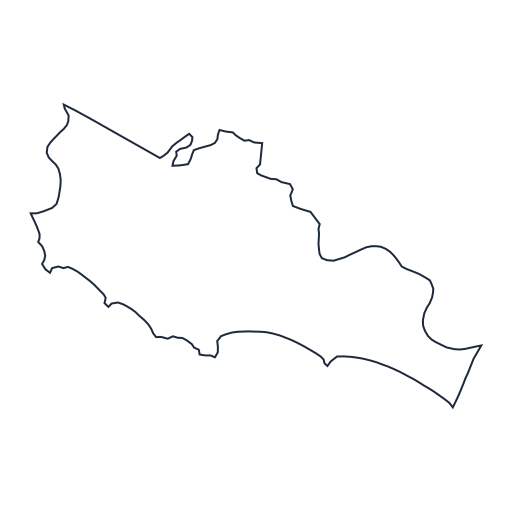 Laguna, Brazil (Natural Earth projection), rotated 90°
{"feature_id": "56859067B95150069695364", "entity_name": "Laguna", "entity_type": "district", "adm_level": 2, "iso_a3": "BRA", "parent_name": "Brazil", "parent_adm1": "", "projection": "natural_earth1", "projection_center": [-48.822, -28.47], "detail": "fine", "context": "isolated", "style": "outline", "palette": "slate", "viewbox_px": 512, "rotation_deg": 90, "n_neighbors": 0, "source": "geoboundaries", "source_scale": "gbopen_adm2", "svg_char_len": 3029}
<svg xmlns="http://www.w3.org/2000/svg" viewBox="0 0 512 512"><g transform="rotate(90 256 256)"><path d="M133.8,322.8L136.7,327.0L139.9,331.3L142.5,335.1L146.3,339.7L152.7,344.5L155.9,348.6L158.0,352.1L129.8,402.0L119.6,420.0L110.7,436.2L104.6,448.2L108.5,447.3L115.5,443.4L121.2,443.7L125.0,445.1L129.0,448.3L132.6,452.3L135.6,455.1L138.8,458.3L142.6,461.7L146.8,464.5L152.7,465.3L157.6,463.2L161.1,459.8L164.6,456.2L168.6,453.6L174.1,452.1L178.9,451.4L182.6,451.4L186.9,451.7L192.0,452.5L197.3,453.4L204.0,455.5L208.0,460.0L211.2,468.2L213.3,475.1L213.3,481.3L217.8,479.3L221.6,477.4L226.3,475.3L230.7,473.6L234.3,472.4L238.4,472.5L242.0,473.8L246.4,469.7L251.2,467.7L255.8,466.8L259.9,467.7L264.0,469.9L269.3,466.6L272.8,462.0L268.1,459.9L266.5,453.6L268.1,448.7L266.9,444.0L268.9,439.4L271.6,434.5L274.2,430.9L277.2,427.0L281.3,421.7L284.8,417.7L288.4,414.2L291.3,411.4L294.4,408.3L297.9,406.3L303.1,407.5L306.9,403.6L303.5,400.3L302.5,394.0L304.3,388.9L306.5,384.8L309.1,380.5L312.0,376.6L315.5,373.0L319.9,367.9L324.2,363.8L328.6,360.9L333.5,358.7L337.1,355.9L336.9,351.0L338.7,344.3L336.3,339.0L337.7,334.6L338.0,329.6L340.5,325.0L344.1,320.2L347.6,317.9L349.7,313.2L354.5,312.4L355.4,306.9L355.5,301.3L357.3,297.1L352.3,294.2L346.7,294.1L341.1,294.8L336.2,291.0L334.3,286.2L332.6,280.3L331.8,274.8L331.6,270.0L331.4,263.7L331.6,256.5L331.8,250.2L332.2,245.7L333.4,239.6L335.4,232.3L337.5,226.9L339.8,221.0L342.9,214.5L344.9,210.6L347.3,206.3L350.1,201.5L353.1,196.4L356.5,191.3L359.5,188.4L363.3,187.5L366.0,184.6L361.5,181.3L356.5,175.0L356.4,168.0L356.8,161.9L357.4,156.6L358.3,150.8L359.3,146.3L360.6,141.2L362.3,135.4L364.7,129.1L366.5,124.0L368.9,118.5L372.0,111.8L374.1,107.9L376.8,102.9L379.2,98.2L382.1,93.5L385.8,87.6L389.0,82.1L391.8,77.8L394.9,73.4L399.3,67.2L402.9,62.6L407.4,59.2L397.3,54.3L392.3,52.1L382.4,48.1L377.9,46.4L373.8,44.4L358.7,38.4L345.5,30.7L346.3,35.0L347.5,40.6L348.9,46.9L349.5,52.0L349.2,57.3L347.5,65.2L344.6,71.2L341.9,76.6L339.4,80.6L336.0,84.0L330.8,87.1L325.7,88.9L320.2,89.1L313.3,87.7L307.7,85.2L303.2,82.3L297.4,79.9L292.6,79.0L288.8,78.7L284.6,80.2L280.4,82.1L277.1,87.4L274.1,92.7L272.1,97.4L268.9,105.7L266.5,110.3L262.3,113.0L258.1,116.1L254.9,118.8L251.8,121.9L248.8,126.3L246.8,131.1L246.2,135.4L246.2,140.2L247.2,145.5L249.2,150.2L252.2,156.6L255.1,162.9L257.3,167.2L260.7,178.4L260.2,185.0L258.2,190.1L254.0,192.4L249.4,193.0L244.3,193.5L233.8,193.0L228.9,193.5L224.1,192.3L211.9,201.5L209.1,210.9L206.0,219.1L201.2,220.6L195.6,221.7L189.3,219.2L184.1,222.0L182.1,230.6L179.3,235.5L178.9,241.2L177.1,246.1L175.5,250.7L173.2,254.8L168.2,255.5L164.5,252.0L143.1,249.8L142.5,257.7L140.1,263.0L140.7,267.6L137.9,272.4L135.3,276.2L132.4,279.2L131.6,285.9L130.0,292.5L134.7,294.1L139.1,294.6L142.9,297.1L145.1,301.3L147.0,308.3L148.7,314.2L150.2,318.2L154.5,319.9L159.0,321.3L164.2,324.0L165.4,332.2L165.8,339.5L161.0,338.5L155.8,335.3L151.7,335.8L148.9,331.9L147.5,325.5L144.9,321.6L140.7,319.9L137.1,319.6L133.8,322.8Z" fill="none" stroke="#1e293b" stroke-width="2"/></g></svg>